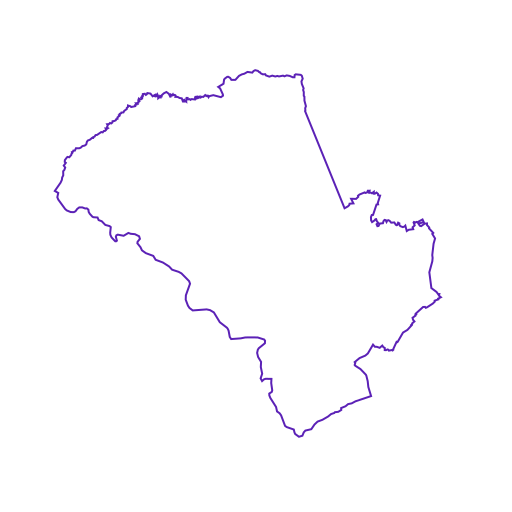 the district of Khao Yoi, Phetchaburi, Thailand, rotated 345°
{"feature_id": "78962969B82781798168468", "entity_name": "Khao Yoi", "entity_type": "district", "adm_level": 2, "iso_a3": "THA", "parent_name": "Thailand", "parent_adm1": "Phetchaburi", "projection": "orthographic", "projection_center": [99.804, 13.23], "detail": "fine", "context": "isolated", "style": "outline", "palette": "violet", "viewbox_px": 512, "rotation_deg": 345, "n_neighbors": 0, "source": "geoboundaries", "source_scale": "gbopen_adm2", "svg_char_len": 5956}
<svg xmlns="http://www.w3.org/2000/svg" viewBox="0 0 512 512"><g transform="rotate(345 256 256)"><path d="M346.9,93.7L346.1,92.6L341.4,90.8L340.2,91.2L339.4,93.3L337.8,92.9L335.2,90.8L332.4,89.5L330.0,89.8L328.8,88.8L324.7,88.5L323.2,87.6L321.1,87.6L318.4,86.0L315.3,86.2L312.3,84.1L312.0,82.8L309.6,82.3L307.7,80.6L307.4,79.5L306.5,79.0L305.8,77.7L303.3,76.3L301.5,76.7L299.9,77.9L295.4,76.0L291.9,76.9L289.3,76.9L286.2,77.6L281.7,80.5L277.8,79.5L277.1,77.3L275.6,75.7L274.6,75.5L272.2,76.4L270.9,77.2L269.2,81.2L263.3,82.9L264.7,84.8L265.8,91.3L265.6,92.6L263.2,93.5L256.4,89.6L252.2,89.5L251.4,90.2L251.3,89.0L250.4,89.1L250.1,88.3L249.3,88.5L248.6,87.4L246.3,88.7L244.8,88.1L243.4,88.7L242.7,88.4L242.8,87.6L241.7,88.1L241.6,87.3L241.0,87.1L240.5,87.7L240.8,88.3L240.3,88.5L239.9,88.3L240.3,86.8L238.6,86.6L238.0,87.5L238.2,88.9L237.8,89.1L234.5,87.8L233.1,88.2L232.6,87.3L231.2,87.2L230.5,86.5L230.8,85.6L229.8,85.3L229.5,85.7L230.0,86.8L228.8,87.7L228.6,88.7L227.1,86.5L226.2,87.0L226.5,88.2L225.4,87.9L225.1,84.5L223.1,83.6L221.5,82.1L219.3,81.4L219.9,80.4L219.7,79.8L218.5,79.1L217.8,79.2L217.6,78.3L216.6,79.1L215.6,78.1L214.9,79.9L214.4,79.9L213.8,76.8L211.9,74.4L209.1,75.0L206.6,76.3L206.2,77.3L204.9,76.6L204.8,77.1L205.4,77.6L205.0,78.2L204.1,77.6L202.4,78.3L202.9,76.6L201.4,76.0L202.8,75.7L202.5,74.2L201.4,75.3L200.8,74.1L199.7,74.3L199.5,75.4L198.5,74.7L197.5,75.0L196.1,71.8L193.2,70.5L192.4,71.5L191.3,71.9L190.6,70.5L188.7,70.3L188.6,71.2L187.8,71.5L188.0,72.3L186.4,73.0L187.1,73.7L186.8,74.4L185.2,74.9L184.3,74.3L183.8,74.9L183.4,73.9L182.7,74.9L183.2,76.2L182.4,76.2L182.2,77.3L181.1,77.4L181.1,78.2L179.5,77.5L179.7,78.8L178.2,79.0L178.1,80.0L174.0,79.8L173.5,78.9L171.3,77.5L170.9,78.9L169.5,79.6L169.2,80.6L166.3,81.7L165.1,83.0L163.1,82.6L162.7,83.2L161.2,83.4L161.1,84.0L160.1,84.4L160.5,85.2L158.0,86.3L157.8,87.6L156.3,87.7L155.7,88.6L154.1,88.9L152.3,88.7L151.8,89.9L150.4,90.5L149.4,89.7L148.1,90.5L146.3,90.2L146.6,91.5L145.2,93.2L146.1,94.2L144.6,94.7L143.7,94.1L143.7,95.5L142.5,96.1L141.3,95.9L139.9,96.9L138.6,96.2L133.8,97.9L132.3,97.7L131.0,98.9L129.4,99.1L129.2,99.8L128.2,99.5L125.7,100.7L123.5,100.9L122.3,101.8L120.9,104.3L119.1,105.0L116.8,104.9L114.7,106.0L113.1,106.2L110.0,105.3L108.3,107.3L106.9,106.9L106.0,108.0L105.1,108.0L105.1,109.0L104.4,109.3L103.7,110.6L101.2,112.3L99.6,111.5L98.9,111.8L96.2,113.9L95.6,115.6L96.4,116.8L93.7,118.9L94.6,121.2L93.1,123.3L91.7,124.2L90.7,128.2L89.1,130.0L88.2,132.2L86.2,134.6L78.5,141.1L81.3,143.9L79.3,147.8L79.6,150.3L83.8,161.2L85.0,163.0L88.4,165.6L91.4,166.5L93.2,166.1L95.6,164.2L97.9,163.3L100.8,164.1L103.3,165.9L104.9,166.2L106.1,167.8L105.8,170.1L106.3,172.1L108.2,175.8L109.1,176.5L112.9,177.8L113.3,180.6L116.0,182.5L118.5,187.0L122.3,189.2L123.2,190.5L121.2,195.7L120.8,197.8L121.3,200.7L123.8,205.3L124.6,205.6L125.6,205.2L125.6,201.1L126.5,199.9L128.0,199.6L133.4,202.2L138.7,200.7L140.7,202.1L144.7,203.6L148.2,206.7L148.3,209.4L145.3,211.6L144.7,213.0L146.7,217.6L147.3,221.0L150.3,224.7L156.8,229.3L158.1,233.7L164.4,238.2L169.4,243.7L171.4,247.5L177.2,251.3L179.5,253.5L184.9,263.0L185.1,265.7L178.1,275.8L176.8,280.0L177.4,286.3L178.3,289.0L180.8,292.2L194.5,294.8L197.6,296.4L200.7,299.6L203.9,310.6L209.4,317.8L209.9,319.2L210.2,321.0L209.7,327.4L210.5,329.8L219.9,331.6L224.6,331.9L231.1,333.6L236.5,335.1L242.3,338.8L242.8,340.2L242.0,342.6L234.8,345.8L233.5,347.0L232.0,349.9L231.9,354.1L233.5,359.6L231.9,364.5L231.5,371.3L228.8,375.4L229.5,378.4L231.8,377.2L233.5,377.1L239.1,378.7L237.8,382.7L236.9,390.0L236.0,391.4L233.2,392.3L232.8,394.1L233.1,396.8L236.3,407.0L236.1,411.6L238.1,414.0L239.0,416.4L240.1,427.6L241.4,429.2L247.6,433.4L247.5,436.5L247.8,438.1L250.7,441.7L254.3,441.6L256.5,438.7L258.5,437.4L264.6,437.6L268.9,433.9L272.6,431.9L277.8,431.4L284.1,429.7L287.6,428.1L290.9,427.9L291.8,427.3L295.1,427.8L298.5,426.8L298.9,424.9L303.6,424.3L306.6,422.9L310.3,423.1L314.5,422.1L330.9,421.1L330.6,411.6L331.5,405.8L331.6,400.2L331.4,399.1L327.6,392.2L323.5,387.7L323.1,386.8L324.3,384.8L323.9,384.0L329.6,381.4L335.8,380.5L338.8,379.1L346.1,371.9L347.3,374.4L349.2,375.0L351.7,376.7L354.8,375.2L355.4,376.9L356.6,378.2L356.0,380.2L357.2,380.6L358.8,380.3L359.6,380.8L359.9,381.8L363.0,382.0L363.5,382.6L364.4,382.1L364.6,381.3L369.6,375.3L370.2,375.8L370.6,375.6L378.2,368.0L383.1,366.6L388.4,363.2L388.1,362.8L389.2,362.2L389.4,361.5L392.1,360.2L391.2,358.3L391.2,356.2L394.6,354.9L394.5,354.3L395.7,353.7L395.4,353.0L404.2,348.5L406.1,348.9L406.6,350.0L408.0,349.8L414.5,347.7L416.8,346.4L417.0,345.4L420.9,345.1L420.9,344.3L423.9,343.7L422.4,341.5L423.2,340.2L422.0,339.9L421.1,337.5L417.1,332.4L419.2,316.6L424.9,306.8L426.1,303.6L426.5,300.7L430.7,290.1L433.5,285.4L432.0,280.3L433.2,279.6L430.3,274.1L430.7,273.3L429.2,270.4L429.6,268.8L427.3,268.4L423.2,269.9L422.1,269.2L421.3,266.8L426.8,266.7L426.3,263.8L420.8,265.1L419.8,264.6L418.8,265.0L417.4,264.0L416.9,264.4L417.2,267.5L414.7,268.8L414.8,270.8L410.3,270.2L408.1,270.9L408.1,265.3L406.9,266.0L405.3,266.1L403.1,264.5L402.4,262.5L402.9,261.6L401.9,260.6L400.4,262.6L399.9,262.7L399.1,262.0L398.3,259.4L395.2,258.8L394.2,256.7L393.2,255.7L392.0,255.7L390.9,256.9L390.5,254.9L389.5,254.4L388.1,255.4L387.1,257.2L384.0,256.7L382.1,258.7L381.0,258.6L380.7,256.5L382.6,255.6L381.7,253.5L381.6,251.5L380.9,251.4L379.5,252.4L376.9,253.3L376.4,251.4L377.1,248.2L378.4,246.4L379.7,246.6L385.7,237.5L387.3,237.7L387.3,236.4L391.5,229.8L389.7,229.0L389.9,227.5L388.8,225.9L386.8,226.6L385.9,226.3L386.4,224.5L384.2,225.4L382.8,224.2L381.6,224.3L381.3,223.7L382.5,222.3L380.9,221.9L379.9,223.3L379.0,223.4L377.9,223.4L377.4,222.7L371.9,223.4L370.1,224.2L370.1,225.3L367.5,226.7L362.7,225.4L363.7,230.4L359.9,229.7L359.2,231.0L357.5,231.9L353.9,232.8L340.9,128.7L341.3,128.4L341.8,125.9L343.0,124.2L343.0,118.5L344.0,114.6L343.6,113.6L344.6,110.0L344.5,107.8L345.4,106.4L344.8,101.7L345.1,99.1L347.0,96.8L346.9,93.7Z" fill="none" stroke="#5b21b6" stroke-width="2"/></g></svg>